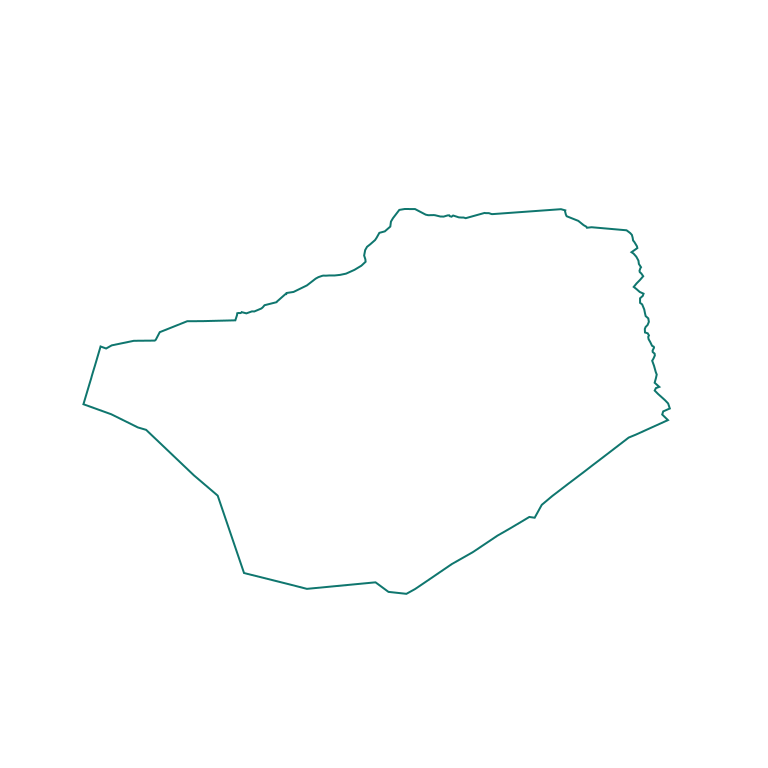 outline of Santiago Yolomécatl, Oaxaca, Mexico, rotated 109°
{"feature_id": "50627088B72643928599423", "entity_name": "Santiago Yolomécatl", "entity_type": "district", "adm_level": 2, "iso_a3": "MEX", "parent_name": "Mexico", "parent_adm1": "Oaxaca", "projection": "natural_earth1", "projection_center": [-97.594, 17.466], "detail": "fine", "context": "isolated", "style": "outline", "palette": "teal", "viewbox_px": 768, "rotation_deg": 109, "n_neighbors": 0, "source": "geoboundaries", "source_scale": "gbopen_adm2", "svg_char_len": 2590}
<svg xmlns="http://www.w3.org/2000/svg" viewBox="0 0 768 768"><g transform="rotate(109 384 384)"><path d="M159.7,204.7L168.2,238.8L170.2,243.0L169.4,243.9L168.8,247.0L166.5,253.4L165.9,265.9L164.6,267.2L162.9,268.3L161.9,269.0L160.8,269.1L161.1,273.6L188.0,336.6L188.3,337.6L188.3,340.5L189.3,343.3L189.5,344.6L200.6,360.7L200.7,363.0L201.6,365.7L202.1,367.6L202.1,369.6L202.2,373.5L203.8,374.6L203.9,376.4L203.3,377.2L203.8,378.6L206.3,382.1L207.3,385.3L207.8,390.7L208.1,392.0L210.0,397.1L210.3,399.7L208.5,411.6L211.8,421.4L214.4,426.2L224.3,429.5L228.2,430.3L233.1,429.3L239.4,432.9L242.6,437.6L248.1,438.6L250.8,439.3L256.4,442.5L259.8,444.7L263.5,445.4L269.0,444.6L272.2,442.2L274.4,441.2L279.5,443.9L285.7,449.1L292.0,455.8L295.1,461.0L297.5,466.1L299.2,471.1L300.5,474.2L301.2,476.5L301.8,477.6L302.9,479.0L304.3,480.8L306.6,482.9L315.9,489.0L326.4,499.5L329.7,505.8L330.7,505.7L330.7,506.1L331.5,506.7L341.0,512.1L341.6,512.2L348.4,522.6L351.0,523.6L352.5,524.5L357.6,530.2L358.4,532.6L362.0,537.1L362.4,541.9L362.7,541.9L363.6,542.7L363.9,543.4L364.2,544.7L364.9,545.8L366.6,545.4L367.1,545.4L372.2,545.3L383.7,576.2L388.7,590.5L408.0,612.9L416.5,614.2L417.6,614.9L424.6,634.6L436.1,654.0L440.9,658.3L440.8,664.2L456.2,663.5L460.5,663.3L466.5,663.1L471.2,662.9L474.0,662.7L479.6,662.5L496.4,661.8L501.0,661.6L501.4,632.1L505.2,602.6L504.8,594.0L532.3,533.9L543.3,505.9L543.7,504.9L608.3,454.8L604.3,408.8L602.8,390.2L575.3,329.7L574.3,327.4L579.1,312.1L575.1,294.5L567.8,287.9L559.7,281.8L532.1,261.2L514.1,245.3L490.5,227.4L479.3,217.6L462.4,203.3L461.4,198.0L446.9,195.5L435.4,188.6L418.5,177.4L401.7,166.1L393.6,160.8L380.1,151.8L355.0,135.2L349.8,129.3L325.7,103.8L322.3,111.0L319.0,111.1L314.1,105.8L309.9,109.0L307.8,113.1L304.3,121.4L302.1,125.9L299.4,125.6L297.1,122.8L294.7,128.5L289.9,128.8L286.3,129.2L284.0,131.1L278.9,134.6L274.7,138.0L272.3,137.5L268.9,137.2L267.2,138.0L266.3,140.3L265.1,140.9L263.7,140.8L261.8,140.5L260.9,141.1L260.6,143.0L257.5,146.1L255.5,148.4L253.5,149.5L251.8,149.3L250.2,151.2L250.3,154.0L247.1,155.3L244.9,155.2L242.4,154.0L239.0,153.8L235.9,155.5L234.6,158.7L231.9,160.4L228.8,162.2L224.7,165.8L223.9,168.3L219.6,169.8L216.4,168.0L214.1,168.0L213.7,172.2L212.0,176.3L210.9,179.5L206.6,177.9L202.2,175.8L197.7,174.0L195.8,176.6L194.9,178.6L193.7,179.3L192.6,179.3L191.7,179.3L191.0,179.3L189.9,179.0L187.5,182.1L184.5,183.6L181.5,186.9L179.5,190.4L178.8,192.9L173.0,188.7L171.5,189.6L169.4,192.1L168.1,193.7L167.2,195.2L164.6,196.6L162.3,198.2L161.1,200.4L160.8,201.3L159.7,204.7Z" fill="none" stroke="#0f766e" stroke-width="2"/></g></svg>